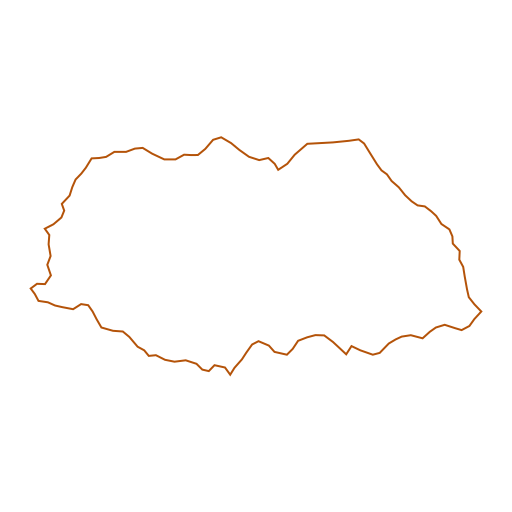 the district of Luiziânia, São Paulo, Brazil
{"feature_id": "56859067B86388687995531", "entity_name": "Luiziânia", "entity_type": "district", "adm_level": 2, "iso_a3": "BRA", "parent_name": "Brazil", "parent_adm1": "São Paulo", "projection": "orthographic", "projection_center": [-50.352, -21.674], "detail": "fine", "context": "isolated", "style": "outline", "palette": "amber", "viewbox_px": 512, "rotation_deg": 0, "n_neighbors": 0, "source": "geoboundaries", "source_scale": "gbopen_adm2", "svg_char_len": 1681}
<svg xmlns="http://www.w3.org/2000/svg" viewBox="0 0 512 512"><path d="M358.7,139.4L348.9,140.8L332.9,142.4L307.3,143.8L294.7,154.7L287.3,163.8L278.2,169.8L274.7,163.8L268.3,158.0L259.2,160.1L249.0,156.8L239.3,149.9L231.1,143.1L221.2,137.3L213.1,139.8L205.3,148.9L197.9,155.0L191.5,155.1L184.1,154.7L175.5,159.4L164.3,159.4L152.2,153.7L142.7,147.9L134.9,148.6L126.0,151.9L114.3,151.9L106.1,156.9L99.2,158.0L91.6,158.4L85.8,167.8L81.3,173.6L75.6,179.5L72.3,187.1L69.6,195.6L61.8,203.9L64.2,210.6L61.4,217.5L53.4,224.3L44.8,228.7L49.3,235.0L48.6,244.3L50.6,256.0L47.3,264.8L50.9,275.4L45.0,284.1L37.0,283.8L30.7,288.5L34.8,294.0L38.5,300.9L47.9,302.3L55.0,305.5L62.1,307.1L73.1,309.2L81.1,304.1L88.2,305.2L92.6,311.5L96.7,319.4L101.4,327.5L113.0,330.8L122.8,331.5L129.3,336.9L137.6,346.7L144.2,350.3L148.8,355.9L155.9,355.2L165.0,359.8L174.5,361.7L185.7,360.3L196.5,363.8L202.3,369.6L208.8,371.1L214.5,365.2L225.0,367.5L230.2,374.7L234.5,367.8L241.9,359.4L246.4,352.5L252.1,344.5L258.5,341.2L268.9,345.6L274.5,351.9L286.9,354.7L292.7,348.9L298.1,340.8L307.2,337.3L315.4,335.1L324.2,335.4L333.0,342.0L340.0,348.5L346.2,354.3L351.5,346.1L360.3,350.3L372.8,354.7L379.7,352.9L388.8,343.5L395.7,339.4L401.7,336.6L410.8,335.2L422.6,338.3L429.8,331.8L435.9,327.5L444.7,324.8L455.2,328.2L461.6,330.1L469.4,326.0L474.4,319.0L481.3,311.5L474.4,304.3L468.8,297.2L467.0,289.2L464.7,276.4L463.2,266.9L459.3,259.7L459.7,251.0L452.8,243.6L452.4,236.4L449.4,229.4L441.4,224.0L436.2,215.9L431.2,211.3L424.8,206.4L417.6,205.4L411.6,201.3L405.1,195.2L398.8,187.3L391.6,181.0L386.9,174.3L381.5,170.4L377.0,164.3L369.9,152.9L364.1,143.5L358.7,139.4Z" fill="none" stroke="#b45309" stroke-width="2"/></svg>